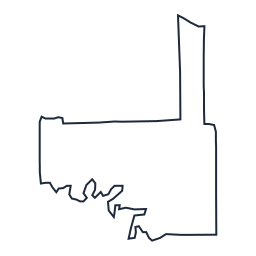 the district of Ubiretama, Rio Grande do Sul, Brazil
{"feature_id": "56859067B41262426681364", "entity_name": "Ubiretama", "entity_type": "district", "adm_level": 2, "iso_a3": "BRA", "parent_name": "Brazil", "parent_adm1": "Rio Grande do Sul", "projection": "natural_earth1", "projection_center": [-54.665, -28.017], "detail": "fine", "context": "isolated", "style": "outline", "palette": "slate", "viewbox_px": 256, "rotation_deg": 0, "n_neighbors": 0, "source": "geoboundaries", "source_scale": "gbopen_adm2", "svg_char_len": 1348}
<svg xmlns="http://www.w3.org/2000/svg" viewBox="0 0 256 256"><path d="M40.9,183.5L45.9,182.8L49.9,182.8L52.5,187.4L56.3,192.2L58.8,188.5L63.2,188.1L66.8,185.8L70.7,185.8L69.9,190.6L69.3,194.4L71.8,198.5L76.5,199.6L80.1,201.4L83.5,201.4L86.8,197.8L83.5,193.2L86.4,185.0L92.2,179.3L95.3,183.3L95.1,189.6L92.3,195.2L94.8,197.8L100.8,192.0L103.1,195.9L108.4,194.2L111.1,189.2L114.5,185.8L122.6,185.8L122.2,190.7L118.9,193.7L113.1,198.8L108.0,201.8L108.7,210.5L113.8,217.0L114.7,211.4L115.3,205.3L119.7,205.2L119.1,209.2L125.9,207.7L134.4,209.4L146.0,209.0L144.3,214.5L134.4,215.5L130.9,228.2L128.6,238.7L134.7,237.8L135.9,232.3L135.4,227.0L138.8,226.2L142.8,232.1L146.2,232.1L149.0,237.9L152.1,240.6L160.1,237.9L166.0,234.1L181.7,234.9L216.3,234.7L216.1,194.8L216.1,186.7L216.1,180.4L216.1,171.1L216.1,163.6L216.1,154.1L216.1,146.3L215.9,141.3L215.9,136.4L215.9,131.8L214.1,125.0L208.8,124.0L204.4,124.0L204.2,117.8L204.0,109.8L204.0,93.2L203.7,86.0L203.7,75.6L203.7,57.7L203.9,40.2L204.4,26.2L198.6,26.5L190.7,22.6L183.3,18.0L178.0,15.4L180.1,72.3L180.4,119.4L156.6,121.1L122.1,121.7L114.4,121.5L110.2,121.8L98.5,122.6L63.2,123.5L62.4,118.1L58.3,117.2L54.3,118.5L50.0,118.5L45.4,118.5L41.6,116.7L39.7,121.8L39.7,126.8L39.7,131.0L39.7,143.1L39.7,150.9L39.7,161.7L39.8,166.7L39.8,172.2L40.9,183.5Z" fill="none" stroke="#1e293b" stroke-width="2"/></svg>